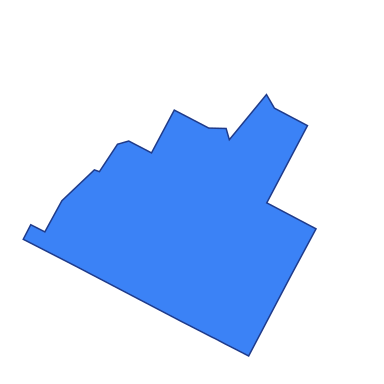 the district of Catoosa, Georgia, United States of America, rotated 208°
{"feature_id": "52423323B32210031675876", "entity_name": "Catoosa", "entity_type": "district", "adm_level": 2, "iso_a3": "USA", "parent_name": "United States of America", "parent_adm1": "Georgia", "projection": "natural_earth1", "projection_center": [-85.131, 34.878], "detail": "fine", "context": "isolated", "style": "filled", "palette": "blue", "viewbox_px": 384, "rotation_deg": 208, "n_neighbors": 0, "source": "geoboundaries", "source_scale": "gbopen_adm2", "svg_char_len": 544}
<svg xmlns="http://www.w3.org/2000/svg" viewBox="0 0 384 384"><g transform="rotate(208 192 192)"><path d="M318.8,71.0L260.8,71.9L260.7,71.9L140.2,72.7L135.4,72.8L108.1,73.2L107.0,73.2L104.6,73.3L103.4,73.4L95.9,73.4L91.2,73.4L74.0,73.7L65.0,73.8L65.3,137.2L65.4,166.3L65.2,217.7L120.9,217.5L121.2,304.8L158.6,304.7L172.0,313.0L183.6,255.7L191.7,264.1L207.2,256.3L246.1,256.0L246.1,207.5L271.8,207.3L280.2,199.2L283.3,166.5L288.6,165.7L302.8,123.2L303.2,87.7L319.0,87.4L318.8,71.0Z" fill="#3b82f6" stroke="#1e3a8a" stroke-width="1.5"/></g></svg>